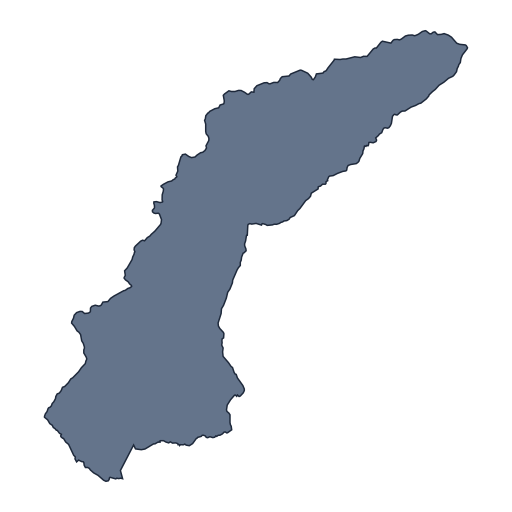 the district of Uzumba Maramba Pfungwe, Mashonaland East, Zimbabwe
{"feature_id": "62879985B20819792882543", "entity_name": "Uzumba Maramba Pfungwe", "entity_type": "district", "adm_level": 2, "iso_a3": "ZWE", "parent_name": "Zimbabwe", "parent_adm1": "Mashonaland East", "projection": "natural_earth1", "projection_center": [32.048, -17.097], "detail": "fine", "context": "isolated", "style": "filled", "palette": "slate", "viewbox_px": 512, "rotation_deg": 0, "n_neighbors": 0, "source": "geoboundaries", "source_scale": "gbopen_adm2", "svg_char_len": 5951}
<svg xmlns="http://www.w3.org/2000/svg" viewBox="0 0 512 512"><path d="M207.9,113.0L205.8,115.7L205.3,119.0L204.6,120.3L205.7,124.1L205.7,131.4L206.2,133.8L208.3,136.4L208.9,138.5L208.8,140.5L206.0,145.8L206.5,148.0L204.9,150.6L203.8,151.4L202.7,152.3L200.6,152.7L197.0,155.1L195.0,157.0L191.5,157.6L188.8,156.5L185.4,154.1L182.4,154.7L181.7,156.3L180.9,156.9L178.4,165.4L177.5,166.9L177.8,171.1L176.0,175.2L176.8,176.5L176.7,177.0L175.2,178.1L174.7,179.1L173.3,179.6L171.6,181.0L168.1,181.8L163.4,184.3L161.0,186.0L161.1,186.6L163.0,188.1L163.5,188.9L163.3,191.2L162.2,194.8L162.1,200.0L162.7,201.3L162.5,202.0L160.1,202.6L156.4,201.6L153.9,201.9L153.8,203.2L154.4,205.2L154.5,207.4L154.3,208.2L152.4,210.3L152.5,211.8L153.8,213.0L155.4,213.5L158.3,213.2L159.4,214.0L161.5,219.6L161.1,223.0L160.6,224.4L154.9,231.1L151.3,234.3L149.9,236.0L147.3,237.6L144.6,240.8L142.6,240.2L140.6,241.2L135.4,246.1L134.3,247.7L134.1,249.8L134.9,251.8L134.3,252.8L134.1,254.1L132.7,257.0L132.1,259.5L127.2,268.0L124.6,270.8L125.3,275.4L124.2,277.4L124.1,278.1L125.5,279.9L128.2,281.8L129.6,283.9L131.4,285.4L131.6,286.5L129.9,287.8L127.9,288.4L125.2,290.4L123.7,290.7L114.0,296.0L110.5,298.4L107.9,301.6L102.9,302.1L101.3,305.0L100.3,305.7L98.8,306.1L95.2,305.2L91.8,306.4L90.5,308.1L90.4,311.4L89.9,312.2L88.4,313.1L84.6,313.5L82.2,311.5L80.0,311.4L76.6,312.6L74.2,315.2L73.5,318.2L71.8,321.5L71.6,323.1L74.4,326.4L77.1,330.9L78.9,332.2L80.6,334.6L81.7,340.8L83.3,343.4L84.4,347.0L84.4,348.3L83.8,349.9L83.8,353.0L86.1,356.9L86.7,358.5L86.6,359.6L85.9,361.0L85.3,363.6L81.4,367.7L78.6,371.8L72.7,377.8L70.8,378.9L68.4,382.7L64.7,386.5L62.5,387.3L61.2,390.6L59.3,393.1L57.2,393.9L55.8,396.5L55.5,398.6L53.8,401.8L52.2,403.5L51.4,405.8L50.1,407.2L48.8,407.7L48.1,408.5L47.1,411.5L45.4,413.8L44.5,416.3L44.5,417.3L47.6,419.8L49.8,423.6L52.3,425.3L53.3,427.5L55.0,428.6L56.3,430.2L57.3,430.4L59.5,433.3L61.4,434.3L60.7,435.9L61.0,436.8L62.6,438.2L63.5,438.4L65.7,442.0L68.6,444.4L73.7,455.3L75.3,456.9L75.0,458.9L76.6,461.9L78.6,460.1L81.7,461.6L83.3,461.8L83.8,462.5L84.2,465.3L85.4,467.5L87.7,467.5L89.3,468.4L90.4,470.0L93.7,472.9L98.0,475.3L103.6,480.2L105.9,481.3L108.3,480.8L109.1,479.5L109.5,477.8L110.1,477.3L115.8,478.9L116.8,478.2L118.7,478.6L120.7,478.2L122.6,478.7L120.4,470.5L133.6,445.0L135.5,448.9L141.3,449.7L145.0,449.0L153.7,443.8L154.9,443.9L157.8,442.2L160.1,442.1L160.1,441.6L159.7,441.2L160.4,440.7L163.6,440.7L165.8,442.0L168.7,442.9L170.3,441.8L172.5,443.1L175.6,442.9L177.0,443.3L178.0,443.9L178.0,444.7L179.4,444.8L179.6,445.5L180.4,444.7L183.4,444.8L184.8,444.1L186.1,445.1L189.3,445.7L192.6,443.6L196.3,438.5L197.3,438.0L197.6,437.4L201.2,436.4L202.2,435.3L203.4,435.2L205.4,436.0L206.0,437.1L206.7,437.5L207.7,437.7L209.9,436.7L212.8,437.6L214.7,437.2L215.9,435.9L216.7,436.4L218.2,435.3L220.0,435.2L222.4,433.9L224.1,432.1L225.4,432.0L226.6,432.9L227.5,432.8L231.7,429.8L231.2,426.2L230.4,424.7L230.0,422.6L230.0,414.8L228.9,413.1L226.9,411.4L226.5,409.8L227.2,405.1L230.6,399.7L234.5,395.2L235.5,395.1L236.7,396.3L237.5,395.0L239.1,396.5L240.3,396.0L243.2,392.9L244.3,390.6L244.3,389.0L242.9,385.6L237.4,377.9L236.2,374.4L235.1,374.0L234.1,372.4L232.5,367.5L231.1,366.5L228.5,362.7L223.1,356.4L222.6,351.9L223.1,348.0L221.7,345.1L222.1,342.8L221.9,340.4L222.2,338.8L223.6,337.9L223.9,333.7L223.4,332.4L219.8,328.5L218.4,326.0L218.1,323.0L221.1,313.6L221.5,308.7L223.5,305.4L226.3,298.2L227.7,292.3L229.9,289.1L232.4,282.9L232.7,280.1L237.1,269.9L238.4,267.7L240.3,265.5L240.3,262.3L241.2,260.2L241.6,257.1L243.1,253.2L243.9,252.9L246.1,250.8L245.9,248.9L244.7,245.9L244.6,243.8L245.6,240.9L246.4,235.9L246.7,235.2L247.3,235.2L247.8,225.3L248.2,224.4L249.8,223.6L251.7,224.1L256.1,223.4L261.5,225.1L262.1,223.7L262.7,223.6L265.7,224.5L267.2,225.4L272.4,224.9L274.2,224.2L276.6,224.3L279.7,223.3L280.6,222.5L282.7,221.9L283.9,221.0L286.8,220.6L289.0,219.3L290.2,217.5L294.4,215.6L297.7,210.6L299.9,208.5L305.7,200.6L308.5,198.6L310.5,196.3L311.3,193.2L318.1,188.9L318.2,186.9L318.7,186.6L320.5,186.1L322.5,184.2L325.3,184.2L325.9,183.6L326.1,181.6L327.7,180.7L327.4,179.8L328.7,176.8L329.5,176.1L333.2,175.6L337.5,173.4L342.8,171.4L345.9,170.9L346.7,170.1L347.1,167.5L348.1,165.5L350.7,164.5L356.3,163.6L357.9,162.4L358.9,161.3L359.8,158.4L362.7,153.6L363.0,150.9L363.9,148.9L364.4,146.2L365.0,145.9L365.9,146.4L366.6,145.5L368.0,145.8L368.5,145.0L368.9,142.5L370.2,142.3L373.2,142.8L376.0,141.5L376.6,140.1L375.7,137.9L378.4,135.5L379.4,134.1L381.7,132.7L382.9,129.5L383.8,128.2L385.0,127.7L387.6,128.2L388.9,127.6L390.3,125.8L391.4,123.4L392.5,116.3L393.9,114.6L394.7,114.3L396.1,114.9L397.4,114.9L400.4,112.1L402.2,111.1L405.0,111.0L411.1,107.1L415.5,105.5L419.0,103.6L420.8,103.2L426.3,98.9L428.7,96.1L429.1,94.9L432.5,91.6L435.3,89.4L439.1,85.2L443.9,82.2L448.5,78.3L452.8,76.3L454.1,75.0L456.5,71.7L457.2,68.5L458.4,66.2L458.8,64.6L460.3,62.6L460.9,58.6L462.4,54.9L467.2,48.7L467.5,47.7L466.2,45.5L465.2,44.9L459.6,44.3L456.7,43.2L451.5,37.2L448.3,35.1L444.1,33.6L441.2,34.4L437.5,34.6L434.9,31.9L433.2,32.2L431.2,33.8L429.7,33.8L426.0,30.9L425.3,30.7L422.3,31.5L418.3,34.3L415.5,35.5L414.4,35.7L412.3,35.0L408.3,35.2L405.4,36.0L401.3,39.1L399.5,39.9L397.3,39.4L394.2,39.6L393.0,40.4L390.9,43.1L382.4,41.2L380.9,42.3L376.4,48.0L375.0,48.0L373.2,49.0L367.1,56.4L363.5,56.3L360.6,57.5L354.7,56.8L346.1,59.0L343.0,59.0L340.1,59.5L334.4,59.2L334.1,60.2L327.9,68.0L326.5,70.2L325.6,71.1L324.2,71.5L322.9,73.1L316.4,73.9L315.3,77.0L313.4,79.7L312.3,79.4L311.2,77.1L307.7,73.2L301.5,70.3L300.2,70.1L290.7,74.0L289.0,76.0L282.2,76.7L280.4,78.5L279.7,80.3L277.7,82.5L273.8,82.4L270.1,83.8L269.0,83.8L267.0,82.6L264.1,82.8L256.9,85.7L254.2,88.7L253.9,92.2L251.3,91.9L248.6,94.3L247.4,94.3L244.6,92.3L241.1,90.5L238.6,90.4L235.0,91.5L231.4,91.5L228.9,90.8L224.6,93.9L223.3,95.3L224.3,101.0L224.0,103.2L223.6,103.9L220.1,105.0L218.7,107.8L214.8,108.7L209.7,111.4L208.5,112.9L207.9,113.0Z" fill="#64748b" stroke="#1e293b" stroke-width="1.5"/></svg>